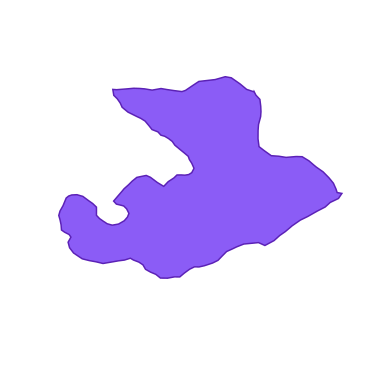 Gadabay District, Gədəbəy, Azerbaijan (Robinson projection), rotated 305°
{"feature_id": "54616110B46799199998097", "entity_name": "Gadabay District", "entity_type": "district", "adm_level": 2, "iso_a3": "AZE", "parent_name": "Azerbaijan", "parent_adm1": "Gədəbəy", "projection": "robinson", "projection_center": [45.649, 40.556], "detail": "fine", "context": "isolated", "style": "filled", "palette": "violet", "viewbox_px": 384, "rotation_deg": 305, "n_neighbors": 0, "source": "geoboundaries", "source_scale": "gbopen_adm2", "svg_char_len": 2220}
<svg xmlns="http://www.w3.org/2000/svg" viewBox="0 0 384 384"><g transform="rotate(305 192 192)"><path d="M230.6,68.3L226.3,72.5L225.5,77.3L223.7,82.2L221.3,86.2L220.7,93.8L222.2,103.6L222.9,107.6L223.2,112.8L221.7,118.5L220.2,123.4L221.7,129.6L220.7,133.9L222.0,137.7L222.3,141.8L222.1,146.8L220.5,151.1L219.9,158.4L219.6,162.7L219.1,168.4L217.1,171.2L215.4,175.3L212.7,179.8L212.3,180.1L207.7,180.7L204.4,179.3L201.7,176.5L199.8,173.4L197.3,169.9L193.1,169.1L186.9,166.6L180.4,165.6L179.9,158.1L180.2,149.5L179.3,145.0L175.3,141.2L172.3,138.4L166.7,136.8L161.6,135.9L155.7,134.5L151.9,134.2L146.0,133.6L139.6,133.0L139.1,135.2L138.7,137.0L140.5,141.6L141.3,143.9L141.4,144.0L140.7,148.1L138.3,152.6L134.4,153.5L129.6,153.0L123.6,150.2L119.1,145.7L117.3,140.6L117.3,138.4L117.2,136.6L117.2,131.5L118.1,127.1L122.3,124.2L122.7,123.9L124.8,122.4L125.6,117.2L125.6,111.9L125.8,105.1L123.8,99.3L120.6,95.2L119.9,94.7L118.0,93.3L117.7,93.2L114.9,92.4L106.9,94.2L100.7,94.8L96.4,96.3L93.4,100.0L90.0,103.6L86.0,106.9L86.0,110.8L86.7,115.7L85.6,118.7L79.8,119.3L76.1,123.7L74.1,130.0L74.2,135.6L74.3,140.4L76.9,147.2L79.8,153.5L82.4,160.1L89.3,167.1L93.4,171.2L97.5,175.7L102.4,179.5L102.7,183.1L104.1,188.7L104.2,193.6L102.0,198.3L102.6,204.1L103.8,209.6L103.4,215.5L107.4,221.4L112.5,226.4L115.4,230.7L121.1,232.2L127.3,234.3L132.2,237.0L134.6,240.7L138.8,244.5L145.6,249.6L150.9,252.5L156.7,253.4L163.1,254.5L168.5,257.7L172.6,260.0L179.1,264.3L185.0,271.2L188.7,275.5L190.0,282.4L199.3,287.1L206.7,288.8L213.2,291.2L221.7,293.4L231.2,296.9L238.4,300.9L247.7,305.3L256.1,309.7L262.7,311.2L270.7,315.7L276.8,315.6L274.8,311.2L277.0,308.3L280.3,302.8L282.2,296.0L283.7,287.9L283.7,279.6L284.0,275.8L284.6,270.0L284.1,262.0L280.9,257.1L274.3,249.2L271.1,242.6L267.2,236.1L267.3,227.1L267.6,220.9L273.4,215.6L280.2,210.9L285.4,207.8L293.1,205.0L297.4,202.4L301.7,199.1L306.8,194.5L308.0,188.8L309.9,185.2L309.6,185.3L307.4,177.9L308.1,169.5L308.1,163.1L308.1,158.7L305.5,153.1L297.4,146.5L294.2,142.9L286.5,134.2L279.4,131.4L271.5,128.4L268.5,126.2L264.9,119.4L261.5,112.6L259.0,107.3L252.6,100.9L249.4,94.2L246.9,89.9L243.5,84.7L238.6,78.9L232.6,71.6L230.6,68.3Z" fill="#8b5cf6" stroke="#5b21b6" stroke-width="1.5"/></g></svg>